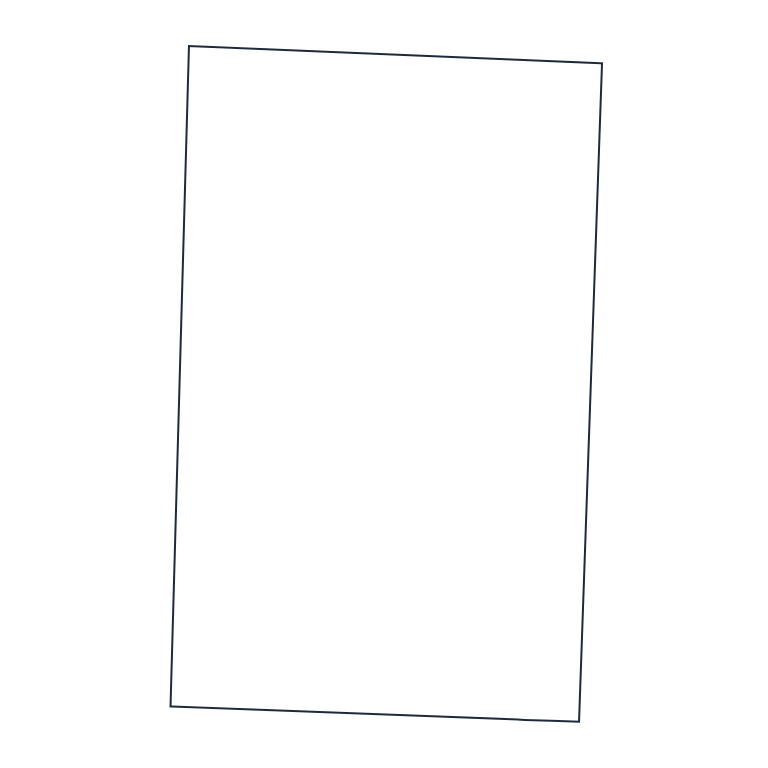 the district of Oldham, Texas, United States of America, rotated 272°
{"feature_id": "52423323B29026545860806", "entity_name": "Oldham", "entity_type": "district", "adm_level": 2, "iso_a3": "USA", "parent_name": "United States of America", "parent_adm1": "Texas", "projection": "natural_earth1", "projection_center": [-102.75, 35.405], "detail": "fine", "context": "isolated", "style": "outline", "palette": "slate", "viewbox_px": 768, "rotation_deg": 272, "n_neighbors": 0, "source": "geoboundaries", "source_scale": "gbopen_adm2", "svg_char_len": 268}
<svg xmlns="http://www.w3.org/2000/svg" viewBox="0 0 768 768"><g transform="rotate(272 384 384)"><path d="M54.3,181.9L53.4,528.5L53.1,536.7L53.3,564.0L53.3,590.7L712.1,590.7L714.9,184.2L714.9,177.3L54.3,181.9Z" fill="none" stroke="#1e293b" stroke-width="2"/></g></svg>